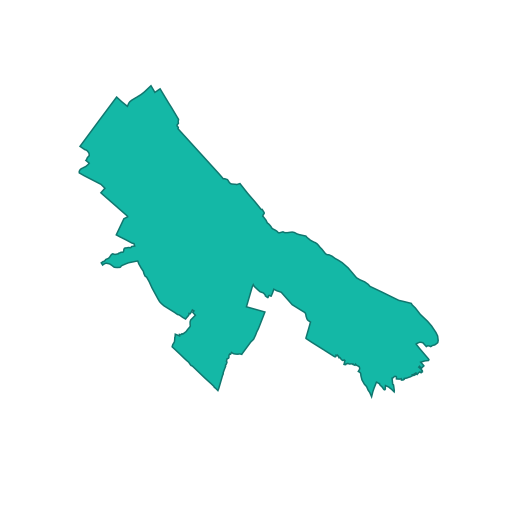 outline of Gura Foii, Dâmbovita, Romania, rotated 104°
{"feature_id": "2599482B74557997064430", "entity_name": "Gura Foii", "entity_type": "district", "adm_level": 2, "iso_a3": "ROU", "parent_name": "Romania", "parent_adm1": "Dâmbovita", "projection": "mercator", "projection_center": [25.309, 44.762], "detail": "fine", "context": "isolated", "style": "filled", "palette": "teal", "viewbox_px": 512, "rotation_deg": 104, "n_neighbors": 0, "source": "geoboundaries", "source_scale": "gbopen_adm2", "svg_char_len": 6086}
<svg xmlns="http://www.w3.org/2000/svg" viewBox="0 0 512 512"><g transform="rotate(104 256 256)"><path d="M364.4,315.4L369.7,305.9L372.8,300.6L374.2,298.0L375.3,295.7L377.7,293.0L378.0,292.4L378.1,291.5L378.4,290.7L386.9,275.9L390.8,268.6L392.7,265.3L393.4,264.8L393.7,264.4L393.8,263.7L395.3,261.2L395.8,260.4L393.7,260.1L383.7,259.7L380.6,259.6L379.6,259.5L378.5,259.3L378.1,259.3L377.5,259.6L374.1,259.3L370.4,258.8L369.7,259.1L368.9,259.1L368.6,258.8L367.6,258.6L366.6,258.5L365.9,258.5L365.3,259.3L364.3,259.2L362.7,259.2L362.0,258.1L361.5,257.8L360.7,257.8L359.5,258.1L358.8,258.2L357.4,257.8L357.5,256.9L355.5,256.4L356.0,255.0L356.2,254.4L356.2,253.4L356.0,251.5L355.7,250.1L355.5,249.4L355.1,248.6L354.9,247.9L354.9,246.0L354.4,245.9L340.8,240.3L337.4,238.2L332.9,237.3L329.5,236.9L326.0,236.1L323.9,235.8L308.2,233.8L307.6,253.0L287.0,252.2L284.5,251.7L285.3,251.0L286.2,249.9L288.7,245.4L289.7,243.4L290.0,240.2L290.3,239.5L290.7,238.9L291.5,237.7L291.8,237.4L292.3,237.4L292.5,237.2L292.6,236.8L293.5,234.8L293.5,234.5L293.4,234.3L291.7,234.2L291.2,234.0L291.0,233.7L291.3,232.3L291.3,231.6L287.8,231.0L283.9,230.7L284.7,227.4L284.9,224.5L285.1,222.7L294.5,209.1L297.4,200.1L298.8,195.7L299.0,195.1L299.3,194.6L300.5,193.6L302.4,192.8L304.6,191.4L305.4,190.7L306.0,189.7L306.9,187.1L308.1,187.2L309.8,187.2L323.7,187.7L324.0,187.4L326.2,181.2L329.4,171.4L334.7,155.4L334.7,154.8L334.5,154.4L334.0,154.2L332.9,154.4L333.0,153.2L332.5,153.1L332.6,152.9L332.9,152.2L333.5,151.8L333.9,151.1L334.6,151.0L334.6,150.4L334.3,149.8L335.3,148.8L336.1,147.5L336.3,146.8L336.4,146.4L336.1,145.9L335.5,145.4L335.8,145.1L335.9,144.4L339.9,144.4L339.9,143.5L339.7,142.7L339.0,142.5L338.7,142.5L338.6,141.6L338.1,141.2L338.0,140.7L338.0,140.4L338.2,139.6L338.1,138.7L337.8,138.2L337.6,137.4L337.3,135.8L337.8,135.7L338.1,133.5L336.9,133.2L337.4,132.6L337.7,132.0L338.0,130.6L338.5,129.0L339.9,128.2L340.9,128.1L343.3,128.8L343.5,127.8L344.0,126.6L344.9,125.9L346.9,125.2L350.6,123.2L354.3,119.7L355.4,117.9L356.2,116.9L359.1,114.7L360.8,112.7L364.6,109.8L359.4,109.8L356.0,109.5L349.2,108.6L349.2,108.2L349.9,106.4L350.0,105.9L349.9,105.3L350.9,104.8L352.1,102.9L352.9,101.5L353.8,100.6L354.6,99.6L354.7,98.7L354.1,98.4L353.7,98.3L352.6,98.7L350.4,99.0L351.0,95.6L351.8,94.0L352.5,92.3L354.4,89.1L353.3,89.2L348.7,91.0L347.7,91.5L347.5,92.3L341.6,94.4L341.3,93.8L340.5,93.2L339.5,92.6L339.2,92.2L339.0,90.9L339.4,90.5L341.3,90.0L340.8,87.2L340.4,86.2L339.9,85.5L341.2,84.9L340.9,83.8L340.5,83.0L339.7,82.3L339.0,82.6L338.0,80.2L336.7,78.4L335.9,77.0L334.2,75.1L333.5,75.7L332.9,74.6L333.6,73.8L332.5,72.6L331.8,73.5L330.8,72.5L331.9,71.0L330.0,70.0L328.8,69.0L329.4,67.6L328.1,66.5L327.4,67.3L326.9,67.0L326.2,68.0L324.5,71.2L323.4,70.7L324.9,68.2L324.1,67.9L322.0,66.5L321.4,67.2L319.2,70.5L316.9,66.7L315.7,63.4L314.8,63.1L314.1,63.8L306.4,74.6L302.8,79.3L302.4,79.3L300.1,76.4L299.8,74.7L299.8,73.1L302.7,68.8L301.6,67.8L301.4,66.8L301.4,65.5L301.7,64.8L301.2,64.0L300.4,63.5L299.6,62.2L299.1,61.1L297.6,59.8L296.1,58.7L293.9,58.8L289.7,60.4L286.7,62.9L281.4,68.7L277.8,73.8L272.8,82.6L267.9,88.8L265.7,92.6L264.4,93.9L264.4,102.0L264.5,106.7L260.5,125.2L257.9,138.1L256.4,140.2L254.8,144.3L253.9,149.6L252.8,153.2L245.2,163.8L241.6,170.8L240.2,175.0L239.2,178.8L237.8,182.1L237.2,185.4L237.5,187.4L237.3,188.3L236.7,189.5L233.5,193.6L232.0,196.1L230.5,198.0L229.4,199.7L228.7,201.6L228.5,203.2L227.5,207.1L225.6,211.1L224.6,212.4L224.8,219.3L224.6,221.8L224.1,223.6L223.9,224.7L224.0,226.6L224.8,228.8L225.7,231.0L226.4,233.6L226.2,235.0L226.0,235.6L226.2,236.0L227.7,238.6L228.0,239.3L227.9,240.1L226.9,241.7L226.2,243.7L225.7,245.9L225.3,247.1L223.6,248.9L223.0,249.7L221.8,251.5L221.2,253.0L218.8,255.0L216.2,258.3L215.8,259.1L213.8,258.9L213.1,258.4L212.4,258.4L211.8,258.7L209.3,261.3L209.6,261.7L209.4,262.5L203.6,270.2L200.4,274.8L196.9,279.7L189.6,289.1L191.4,292.0L191.3,292.5L191.5,293.8L192.0,296.9L192.0,297.8L191.7,298.7L191.0,299.8L189.2,301.7L188.8,302.3L188.6,304.9L188.7,305.7L189.0,306.5L187.8,308.1L185.2,311.8L151.4,362.5L150.3,362.4L149.9,362.6L149.0,364.0L148.1,364.3L147.1,364.0L146.3,363.4L145.9,363.4L144.6,364.0L142.2,364.2L132.4,373.9L128.6,377.9L117.0,389.5L121.7,393.7L116.2,399.1L124.1,404.2L127.4,406.8L135.0,414.4L136.8,415.7L137.9,416.2L139.0,416.5L141.9,417.0L138.7,423.8L135.5,429.7L161.5,440.6L177.7,447.3L192.2,453.3L193.2,450.6L194.2,447.9L194.3,446.4L194.8,445.1L196.0,443.6L197.0,442.7L198.9,442.1L201.3,443.4L203.7,443.8L204.4,444.2L206.3,440.3L207.8,441.0L210.2,442.7L213.6,446.7L214.7,447.5L216.6,448.0L218.1,447.6L219.6,442.4L224.0,423.7L226.8,419.0L232.2,421.8L233.7,419.0L248.5,390.2L249.1,390.0L251.8,393.2L269.3,396.7L270.3,392.9L271.8,386.1L273.5,379.5L273.5,377.4L275.7,376.1L276.9,379.0L277.9,379.3L278.4,380.0L278.6,381.8L279.6,383.9L279.9,385.0L280.5,385.6L281.7,385.8L282.6,385.6L283.7,385.7L284.6,386.1L284.8,386.7L284.8,387.3L285.3,388.3L286.0,388.9L286.3,389.7L287.1,390.1L288.4,392.6L288.7,394.3L288.5,395.2L288.7,395.9L290.1,396.9L292.2,397.6L293.9,398.5L295.8,401.0L297.0,401.4L298.0,402.2L298.3,403.0L300.1,404.5L301.9,402.6L301.3,402.2L300.4,401.3L299.6,400.4L299.2,399.4L299.1,396.9L299.1,396.1L299.4,395.2L300.1,393.3L300.8,391.8L301.2,390.9L301.0,389.1L300.7,387.7L300.0,385.4L299.5,384.8L298.4,384.4L297.6,383.7L295.0,380.3L293.4,378.0L290.0,370.9L289.5,369.5L292.0,367.8L295.6,364.4L298.0,361.7L300.3,360.4L302.2,358.9L302.6,358.4L302.8,357.2L305.0,355.1L306.8,353.4L312.0,349.3L321.4,340.7L323.7,338.4L325.0,336.4L326.6,333.3L330.5,321.2L331.5,318.7L331.8,317.7L331.7,316.5L332.0,315.5L333.3,312.3L334.2,309.1L332.6,308.4L330.3,307.2L329.7,307.0L329.2,306.9L327.9,307.1L327.9,306.7L328.1,306.2L328.0,305.9L327.7,305.8L325.8,305.2L323.7,304.7L324.3,302.9L326.0,303.7L328.2,300.5L333.9,303.9L335.9,304.0L338.2,303.4L339.8,302.8L340.7,303.0L343.9,304.6L346.2,305.5L346.6,305.8L349.5,308.2L349.3,308.9L349.5,309.2L350.0,309.4L350.5,309.9L350.6,311.3L352.0,310.9L351.4,315.4L353.7,315.0L354.6,315.1L357.2,314.6L359.2,314.4L362.0,315.3L363.4,315.4L364.4,315.4Z" fill="#14b8a6" stroke="#0f766e" stroke-width="1.5"/></g></svg>